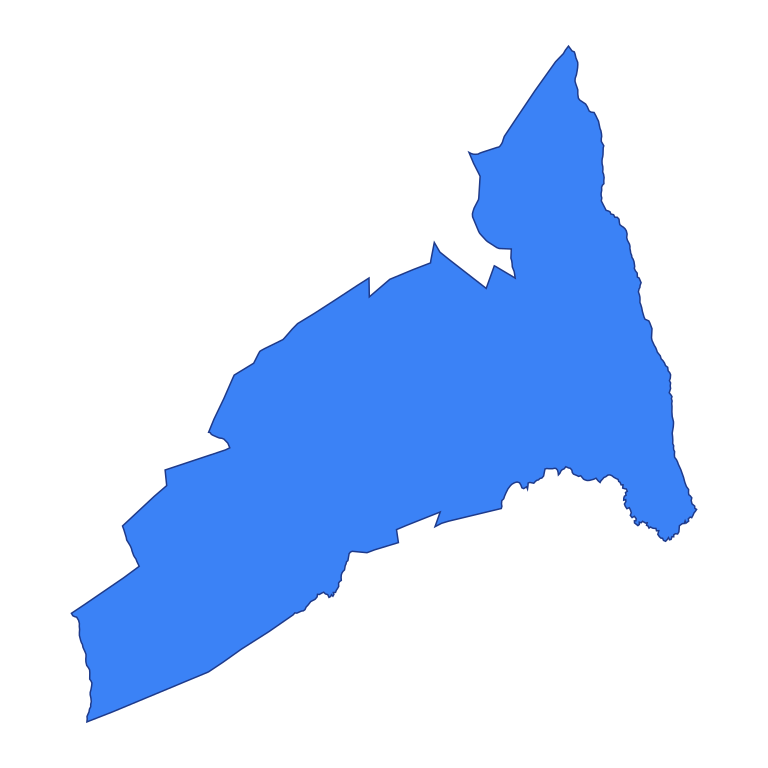 the district of Kiminini, Rift Valley, Kenya
{"feature_id": "3690345B935775811379", "entity_name": "Kiminini", "entity_type": "district", "adm_level": 2, "iso_a3": "KEN", "parent_name": "Kenya", "parent_adm1": "Rift Valley", "projection": "equal_earth", "projection_center": [35.015, 0.934], "detail": "fine", "context": "isolated", "style": "filled", "palette": "blue", "viewbox_px": 768, "rotation_deg": 0, "n_neighbors": 0, "source": "geoboundaries", "source_scale": "gbopen_adm2", "svg_char_len": 6069}
<svg xmlns="http://www.w3.org/2000/svg" viewBox="0 0 768 768"><path d="M568.5,46.1L565.4,50.1L563.4,53.6L555.6,61.7L534.8,90.9L514.5,121.1L504.3,136.4L503.2,139.6L502.5,142.0L501.6,143.8L500.0,146.1L498.7,147.1L497.1,147.4L482.7,152.1L479.9,153.1L478.1,154.1L475.5,154.3L473.4,154.2L471.3,153.6L469.0,152.4L473.6,163.4L478.6,173.2L480.1,176.3L478.8,197.6L478.5,199.6L474.1,208.1L473.0,211.5L472.4,213.9L472.6,216.9L478.7,231.5L479.7,233.3L481.5,235.4L486.0,240.3L487.5,241.6L496.8,247.6L499.2,248.5L511.3,249.0L510.9,258.2L511.7,260.7L512.1,263.5L512.3,266.9L514.2,271.6L515.2,278.1L495.9,266.6L494.3,265.8L486.2,288.4L449.2,259.6L439.9,252.1L434.3,242.5L430.9,260.1L430.5,262.9L413.1,269.6L389.8,279.3L369.3,296.9L369.0,278.0L357.4,285.4L335.9,299.5L314.2,313.5L297.6,323.6L292.3,329.0L284.3,338.2L282.9,339.6L264.6,348.6L261.3,350.4L259.8,351.4L258.4,353.9L253.7,363.2L234.2,375.1L232.8,378.1L223.8,398.7L214.0,419.1L208.6,432.3L210.2,432.6L211.3,434.3L212.8,435.2L217.3,437.2L219.4,438.0L221.9,438.3L223.9,439.1L227.8,443.1L229.8,447.8L225.5,449.9L165.1,470.0L166.7,485.6L154.4,496.2L122.5,526.0L123.9,529.8L125.4,534.7L126.2,537.3L126.7,540.0L130.2,545.7L131.5,548.7L132.0,550.9L133.7,555.6L134.8,557.4L135.9,558.9L136.9,561.5L139.2,566.3L123.5,577.9L83.7,605.1L71.4,613.3L72.8,615.7L74.6,616.6L76.7,617.2L78.6,620.4L79.4,623.5L79.3,626.4L79.6,629.5L79.4,632.4L79.4,635.5L80.7,640.6L81.4,642.6L82.4,644.4L83.0,647.4L85.2,652.2L86.0,654.4L86.0,656.8L85.8,659.0L85.9,661.9L86.7,665.4L88.4,667.7L89.6,669.9L89.8,672.8L89.7,679.1L90.9,680.8L91.9,682.9L91.7,685.5L91.0,689.5L90.2,692.4L90.2,694.8L90.9,698.0L91.3,701.7L90.7,704.3L90.7,706.8L89.5,709.0L89.0,711.9L87.8,714.6L87.0,716.5L87.2,718.9L86.9,721.9L112.5,711.9L208.5,671.9L222.9,662.3L241.3,649.2L269.1,631.5L293.2,614.8L294.8,612.9L296.9,613.1L301.4,611.1L303.4,610.8L305.0,609.6L306.1,607.1L307.9,605.2L310.7,601.6L315.2,599.2L317.1,596.9L317.5,594.3L319.3,594.5L321.6,593.2L323.7,592.2L325.4,593.9L327.7,594.6L329.0,597.4L330.6,596.5L331.5,594.7L332.9,596.2L333.9,594.4L333.3,592.5L335.5,592.4L336.3,590.3L337.4,588.7L338.7,586.4L338.6,583.0L339.8,581.4L341.3,580.4L341.1,577.5L341.3,574.9L342.0,572.9L343.0,571.4L344.5,569.9L345.2,565.7L346.0,564.0L346.5,561.8L347.9,560.6L349.1,553.7L350.4,552.1L352.2,551.3L367.0,552.7L374.7,549.8L398.4,542.6L396.5,529.6L406.5,525.4L440.2,512.0L435.0,526.7L441.6,523.3L448.5,521.2L501.3,508.5L501.9,506.3L501.5,503.9L501.8,500.6L503.7,498.8L504.5,496.3L505.9,493.0L508.0,488.8L510.3,485.8L511.8,484.3L513.6,483.2L515.1,482.5L517.1,482.0L519.5,482.7L520.9,485.1L521.9,487.8L523.7,488.6L526.6,486.8L527.5,489.0L528.0,485.4L528.1,483.1L529.7,482.4L533.8,483.2L535.5,481.3L537.0,480.2L538.5,479.9L539.9,478.5L541.9,478.0L543.6,476.0L545.0,469.0L546.8,468.5L548.7,468.7L551.1,468.7L552.7,468.7L554.3,468.3L555.9,468.4L557.5,470.1L558.1,472.4L558.4,474.9L559.8,473.4L561.0,470.9L562.3,469.6L564.2,468.8L565.8,466.7L568.4,467.9L570.3,468.3L571.9,470.2L572.3,472.5L573.5,474.1L577.1,475.6L578.6,476.4L580.7,475.7L583.6,479.2L585.1,479.9L587.1,480.5L589.4,480.4L593.6,479.3L596.0,478.2L598.3,481.0L600.1,482.5L601.0,480.7L602.3,479.4L603.9,477.5L605.8,476.7L607.9,475.1L610.0,474.9L611.9,475.7L613.9,477.3L616.1,478.5L618.1,479.4L618.7,481.4L620.1,482.3L621.1,484.9L623.0,484.8L622.7,488.1L624.5,488.7L626.3,489.0L627.3,491.3L625.5,492.5L626.0,495.3L624.4,496.2L623.8,498.1L623.7,500.2L625.7,499.6L625.9,501.6L624.4,504.0L625.3,506.3L626.9,508.7L629.3,507.7L630.5,510.2L631.3,512.8L630.3,515.3L632.1,517.6L634.3,516.3L636.2,518.6L635.9,520.8L634.4,520.8L634.5,522.9L637.9,525.6L639.3,524.5L639.3,522.2L641.1,522.8L642.6,521.3L645.6,523.1L647.2,522.8L646.5,525.3L648.0,526.0L649.0,528.1L650.5,527.0L652.5,528.1L654.0,528.4L655.9,528.4L656.5,530.8L658.8,530.7L657.8,534.4L659.4,536.7L660.9,538.1L662.6,538.3L663.5,540.4L665.6,541.3L667.2,539.6L668.5,537.6L669.5,539.8L671.1,539.4L672.0,536.6L673.7,536.8L673.8,534.7L675.5,533.7L677.6,534.0L678.9,531.8L679.4,525.7L682.4,523.6L684.3,523.5L685.1,521.0L685.9,523.2L688.7,521.1L688.3,518.8L690.2,517.1L691.7,517.7L692.8,515.7L694.1,512.8L695.3,511.4L696.6,509.4L694.8,508.3L694.7,506.1L692.0,503.8L691.2,500.5L691.8,497.8L690.1,495.7L688.8,494.7L688.5,492.5L688.6,489.5L686.4,486.5L684.8,482.2L683.5,477.2L680.8,469.6L678.3,464.2L677.6,462.1L676.4,459.6L674.6,457.3L674.4,454.7L674.6,451.5L673.7,449.8L673.5,447.8L673.7,445.8L672.7,443.6L672.8,440.2L672.6,436.7L672.2,433.2L673.3,426.6L673.5,423.9L673.5,421.8L672.2,416.4L671.9,411.8L672.0,406.4L671.7,403.5L672.1,401.0L671.4,398.6L672.0,396.6L670.8,394.7L669.2,392.8L670.6,388.5L670.2,385.8L670.6,382.9L669.4,380.7L670.3,378.3L670.6,374.8L669.7,372.7L668.1,370.8L667.7,367.3L665.5,365.6L664.5,363.0L662.9,360.6L661.1,358.8L660.3,355.9L657.3,352.1L656.4,349.4L655.6,347.5L654.3,345.4L652.0,340.4L651.5,337.8L652.0,328.7L649.8,322.9L648.8,320.9L645.0,319.2L644.0,316.9L642.4,311.4L641.7,307.7L640.7,304.4L639.9,302.4L640.0,299.4L639.9,297.1L639.4,294.8L638.4,291.9L639.0,289.1L639.9,287.4L640.1,285.3L641.1,282.7L639.1,278.0L637.4,277.1L637.2,273.1L635.4,270.8L634.3,268.4L634.7,266.4L634.0,261.7L633.1,259.2L631.9,257.3L631.6,255.2L630.7,253.1L630.4,250.7L629.9,248.5L630.0,246.4L629.5,244.2L627.4,240.2L626.7,237.6L627.1,234.0L626.3,230.8L625.0,228.7L623.4,227.2L621.6,226.1L619.8,224.6L619.4,222.6L619.0,219.2L617.3,217.3L614.8,217.2L613.6,214.7L610.9,214.0L610.0,211.8L608.4,211.0L606.1,210.3L601.3,200.9L601.8,197.9L601.2,195.9L601.1,193.5L601.7,190.3L601.6,187.1L602.5,185.1L603.9,183.7L603.8,180.7L604.1,177.6L603.6,174.4L602.7,172.0L602.9,169.4L602.8,166.7L602.1,163.8L602.0,160.9L602.2,158.8L602.7,156.8L603.0,154.5L603.2,147.8L603.8,145.8L601.3,141.4L601.3,138.6L601.7,136.5L601.5,134.0L600.9,130.7L600.0,128.5L598.5,121.2L597.2,118.6L596.0,116.0L594.1,112.5L591.0,112.1L589.2,111.0L588.3,109.1L587.4,106.9L585.6,104.0L579.8,100.1L578.4,98.2L577.8,94.2L577.8,89.9L577.1,87.7L575.8,84.0L575.0,81.2L575.2,78.3L576.4,74.8L577.0,71.6L577.6,67.8L577.8,64.6L577.7,62.3L575.9,57.8L575.1,54.2L574.3,51.9L572.0,50.9L568.5,46.1Z" fill="#3b82f6" stroke="#1e3a8a" stroke-width="1.5"/></svg>